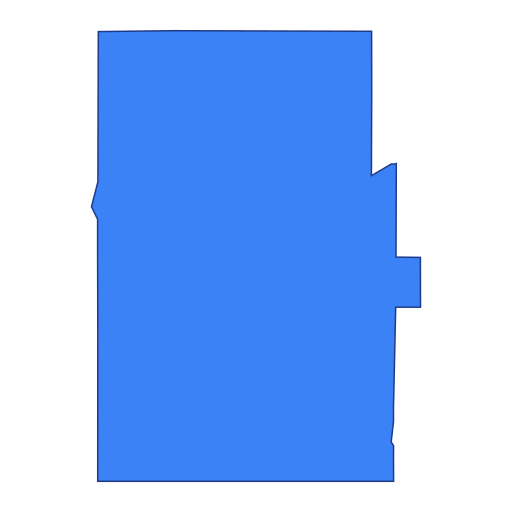 the district of Dickinson, Kansas, United States of America
{"feature_id": "52423323B35646510903137", "entity_name": "Dickinson", "entity_type": "district", "adm_level": 2, "iso_a3": "USA", "parent_name": "United States of America", "parent_adm1": "Kansas", "projection": "mercator", "projection_center": [-97.074, 38.871], "detail": "fine", "context": "isolated", "style": "filled", "palette": "blue", "viewbox_px": 512, "rotation_deg": 0, "n_neighbors": 0, "source": "geoboundaries", "source_scale": "gbopen_adm2", "svg_char_len": 444}
<svg xmlns="http://www.w3.org/2000/svg" viewBox="0 0 512 512"><path d="M97.7,481.3L393.6,481.3L393.5,456.3L393.6,446.0L391.2,441.8L393.5,421.4L393.5,406.9L395.7,307.2L420.5,307.2L420.4,257.4L396.0,257.1L396.3,163.6L395.7,163.9L393.5,164.0L393.1,164.1L391.5,163.9L371.4,175.7L371.7,93.9L371.6,31.3L173.0,30.7L98.3,31.6L97.9,181.8L91.5,206.7L97.6,219.3L97.6,256.7L97.8,331.9L97.7,481.3Z" fill="#3b82f6" stroke="#1e3a8a" stroke-width="1.5"/></svg>